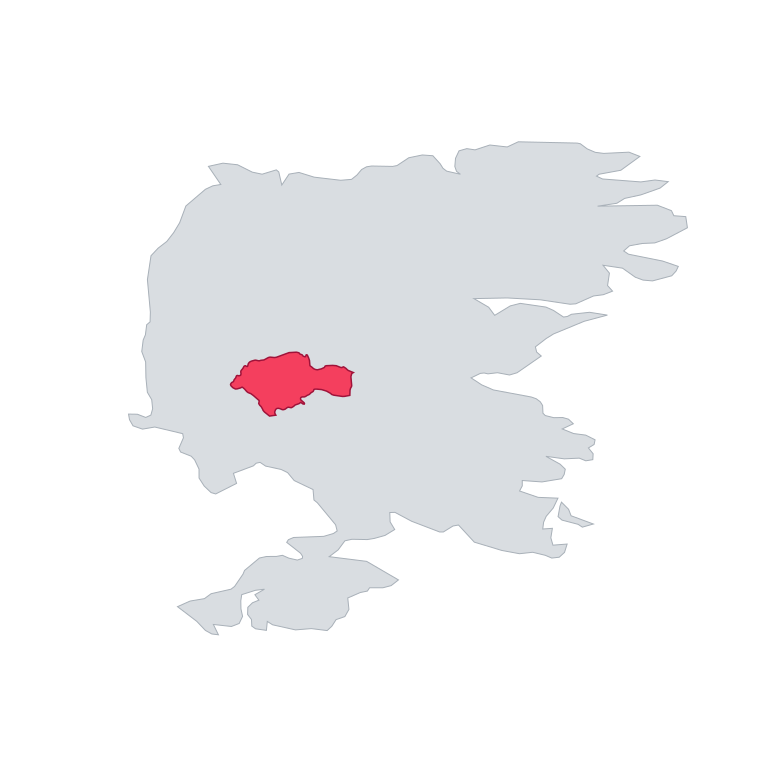 location of Westmeath within Ireland, rotated 194°
{"feature_id": "IRL-717", "entity_name": "Westmeath", "entity_type": "County", "adm_level": 1, "iso_a3": "IRL", "parent_name": "Ireland", "parent_adm1": "", "projection": "equal_earth", "projection_center": [-7.391, 53.56], "detail": "medium", "context": "in_parent", "style": "filled", "palette": "rose", "viewbox_px": 768, "rotation_deg": 194, "n_neighbors": 0, "source": "natural_earth", "source_scale": "10m", "svg_char_len": 5633}
<svg xmlns="http://www.w3.org/2000/svg" viewBox="0 0 768 768"><g transform="rotate(194 384 384)"><path d="M501.0,138.7L482.8,147.9L480.0,151.4L474.8,165.4L474.2,169.4L462.8,185.0L456.3,188.2L446.6,190.7L441.1,193.2L434.2,192.0L425.5,192.2L421.1,195.0L421.3,197.1L424.0,199.6L440.1,206.8L439.1,209.8L434.6,213.2L405.6,221.6L396.9,226.7L393.9,230.1L396.9,235.7L420.0,252.7L423.9,254.5L427.3,264.4L447.8,268.6L456.1,274.7L463.3,276.2L479.0,275.7L485.3,278.0L488.9,276.2L490.9,273.0L508.5,260.9L503.0,251.9L520.7,236.6L525.5,236.8L533.8,241.5L540.7,248.0L542.9,256.7L549.4,264.6L553.6,267.3L564.9,268.8L567.5,271.9L565.6,283.3L567.3,287.1L596.0,286.8L607.4,281.8L617.4,282.7L622.3,287.8L624.6,293.0L616.0,295.0L607.1,293.9L602.7,297.4L602.5,304.0L605.6,312.6L611.6,318.7L616.5,332.4L620.6,347.7L626.9,356.9L628.3,368.4L627.4,374.0L628.6,384.1L626.0,387.7L628.1,397.3L638.8,428.0L641.1,452.1L636.0,461.2L629.2,469.8L624.7,480.0L621.3,491.0L619.3,508.8L604.4,529.7L598.0,534.9L590.6,538.1L607.0,552.7L593.7,559.3L579.1,561.3L563.0,557.7L553.0,558.1L540.3,565.7L537.4,564.3L531.3,552.3L526.9,564.7L517.7,568.7L501.8,567.8L475.3,571.2L465.0,574.7L460.8,580.2L457.6,586.7L453.5,590.5L448.8,592.5L428.3,597.2L424.2,599.1L414.7,609.5L402.2,615.5L391.8,617.3L382.7,611.2L379.0,607.6L374.7,605.7L360.6,606.0L365.1,607.9L367.9,612.2L369.2,620.3L367.6,628.4L360.6,632.4L352.3,633.2L339.1,641.5L321.8,643.8L312.3,651.5L254.8,664.5L251.6,664.6L243.7,661.3L235.1,659.9L226.6,660.9L202.4,668.2L190.8,666.7L205.9,648.7L226.0,639.6L228.1,637.1L221.6,635.8L183.7,642.2L170.4,647.5L157.2,649.1L163.5,640.9L180.6,629.6L195.4,622.3L201.8,615.7L219.8,608.2L162.0,623.6L147.0,621.7L143.5,617.4L131.7,619.4L127.4,609.0L145.1,593.2L155.4,586.4L167.5,582.8L179.2,577.5L183.6,571.1L178.2,569.1L143.5,570.7L126.9,569.3L127.9,564.3L131.0,558.6L148.4,549.0L157.8,547.5L166.0,548.4L180.6,554.1L200.2,552.2L192.1,546.1L190.9,533.6L184.7,529.4L192.8,523.7L202.0,520.1L217.3,508.2L222.8,506.4L252.8,503.5L285.3,497.3L317.4,488.6L301.0,483.8L293.2,477.4L280.4,490.3L271.3,495.2L245.5,497.8L237.4,496.4L226.0,492.4L222.4,493.9L219.0,497.0L201.9,503.3L183.9,504.9L204.9,493.3L231.6,473.6L237.6,467.4L246.1,456.7L243.6,451.9L238.2,449.2L257.6,427.1L264.4,423.1L276.6,422.4L285.6,419.0L289.5,418.9L293.1,417.6L301.0,411.0L289.0,406.8L276.5,404.7L237.8,407.0L232.7,406.5L228.0,404.5L224.9,401.5L222.7,394.1L219.9,392.4L211.1,392.4L202.5,394.7L196.5,394.5L190.7,391.2L200.2,383.5L188.1,381.8L175.9,383.2L165.7,380.9L165.5,376.2L170.2,371.4L164.2,366.9L163.1,361.1L169.6,358.3L176.6,359.3L191.0,355.0L209.4,353.0L193.7,348.8L187.5,345.2L187.3,339.8L188.7,335.1L207.0,327.2L226.5,323.8L225.2,318.6L226.6,313.0L207.0,311.3L187.6,315.3L189.8,304.6L194.6,294.9L195.7,288.6L194.9,281.7L185.7,284.7L184.9,275.1L181.1,268.5L167.6,273.0L168.1,264.3L172.1,258.3L179.1,255.7L186.1,256.8L199.0,256.7L211.5,252.1L229.5,251.0L258.1,252.4L277.6,265.2L282.7,262.9L290.6,254.8L294.3,253.9L324.0,257.5L342.3,262.1L347.3,260.7L344.7,251.7L338.4,245.4L346.4,237.3L356.1,231.8L362.6,229.0L377.5,225.6L384.0,222.4L388.4,211.9L395.4,203.2L358.0,207.7L322.6,197.4L328.3,190.1L335.8,186.0L348.7,182.8L350.0,179.1L356.6,175.9L367.4,167.6L363.5,156.8L365.7,148.9L373.5,143.8L376.0,136.4L379.5,131.0L395.3,129.1L410.4,124.0L433.8,123.4L439.8,125.4L438.5,116.5L449.4,115.4L453.7,117.1L455.6,123.4L460.6,127.4L462.1,134.4L458.7,139.9L453.1,144.0L458.3,148.3L450.3,156.0L458.9,152.7L471.1,145.2L470.5,139.0L468.4,131.2L465.0,124.3L466.6,116.6L473.4,111.8L491.4,109.4L484.0,100.6L490.6,99.8L497.7,101.7L508.2,108.4L530.5,118.0L519.6,126.5L506.3,132.3L501.0,138.7ZM183.7,308.1L183.2,312.3L174.6,307.1L170.6,301.4L147.0,298.8L156.9,293.1L161.7,294.8L178.4,295.0L183.0,297.4L183.7,308.1Z" fill="#d9dde1" stroke="#a8b0b8" stroke-width="1"/><path d="M487.3,325.2L493.2,327.9L494.9,329.1L495.6,330.1L497.7,332.3L499.5,333.4L500.8,334.7L501.0,337.3L501.3,337.8L507.9,341.2L510.8,342.4L513.8,342.8L515.4,343.5L518.1,345.4L520.5,346.6L521.1,346.5L522.4,345.4L525.4,343.7L527.0,343.2L529.6,343.8L531.7,345.0L532.5,345.8L532.8,346.5L532.6,347.6L532.1,348.6L531.2,349.3L530.6,350.2L530.4,352.0L529.4,354.0L529.2,355.9L528.9,356.5L528.4,356.8L526.7,356.9L525.3,357.7L525.2,358.4L525.2,359.3L525.8,360.8L526.0,361.7L525.9,362.4L524.7,365.0L524.1,367.3L523.4,368.0L522.7,368.2L521.5,367.8L520.9,367.9L520.6,368.3L520.6,370.8L520.3,371.7L519.7,372.8L518.4,374.0L515.4,375.7L514.3,376.1L511.3,376.2L510.7,376.3L509.2,377.2L506.3,378.3L502.6,381.7L501.1,382.5L496.6,383.2L494.9,383.9L483.7,391.5L476.6,393.7L474.1,393.7L472.7,392.7L471.0,392.6L470.3,392.4L469.4,391.6L468.7,391.4L467.3,391.3L466.8,391.6L466.5,393.5L465.9,393.6L465.4,393.5L463.4,391.0L462.0,388.8L460.4,384.1L460.0,383.7L458.2,383.0L456.1,381.9L454.5,381.5L452.2,381.6L448.5,383.5L445.9,385.6L445.4,387.2L444.4,387.8L438.4,389.6L434.8,390.2L430.2,389.6L429.1,389.7L428.5,390.0L427.7,390.8L427.1,390.8L424.8,390.0L422.8,388.8L421.9,388.5L416.5,387.7L417.8,386.4L417.9,383.1L415.0,374.8L414.9,373.7L415.4,371.9L415.5,369.9L414.4,364.7L419.2,362.5L421.1,361.9L430.0,361.0L432.2,361.2L433.7,362.0L438.0,363.2L443.1,363.5L447.8,362.8L449.8,362.3L450.7,361.7L450.7,360.6L451.0,359.6L452.9,357.6L453.8,356.0L454.3,355.5L455.9,354.3L457.0,353.0L458.2,352.2L460.2,351.7L461.1,351.1L461.5,350.5L461.4,349.3L460.9,348.5L457.0,346.5L456.4,345.7L456.5,345.2L457.7,345.0L460.3,346.0L461.8,344.3L465.1,342.2L466.3,340.4L467.9,338.8L468.5,338.5L470.9,338.4L471.5,338.2L472.1,337.8L473.9,335.6L475.2,334.8L476.5,334.5L479.0,334.9L480.6,334.9L482.1,334.3L483.0,333.0L483.3,330.4L482.7,329.0L481.4,327.6L487.3,325.2Z" fill="#f43f5e" stroke="#9f1239" stroke-width="1.5"/></g></svg>